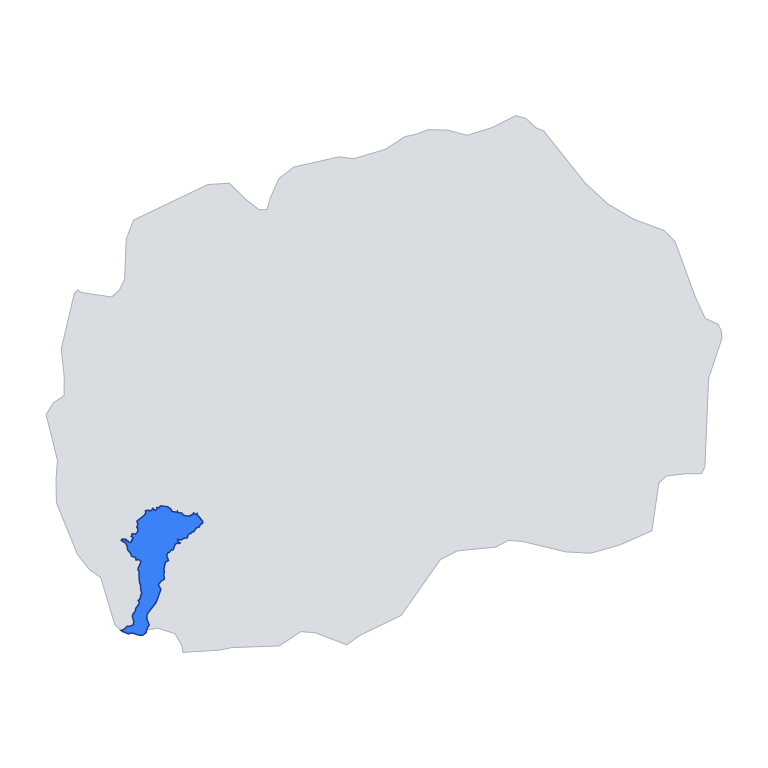 Ohrid, Ohrid, North Macedonia (highlighted)
{"feature_id": "65306769B86752814527149", "entity_name": "Ohrid", "entity_type": "district", "adm_level": 2, "iso_a3": "MKD", "parent_name": "North Macedonia", "parent_adm1": "Ohrid", "projection": "orthographic", "projection_center": [20.849, 41.081], "detail": "fine", "context": "in_parent", "style": "filled", "palette": "blue", "viewbox_px": 768, "rotation_deg": 0, "n_neighbors": 0, "source": "geoboundaries", "source_scale": "gbopen_adm2", "svg_char_len": 2953}
<svg xmlns="http://www.w3.org/2000/svg" viewBox="0 0 768 768"><path d="M339.2,156.9L353.8,158.7L385.4,149.3L405.0,136.6L415.0,134.6L428.3,129.6L447.6,130.1L467.1,135.3L491.8,127.7L515.9,115.6L525.8,118.4L536.5,128.2L543.5,130.8L584.9,182.8L607.5,203.7L633.9,219.3L664.1,230.5L675.1,241.6L695.4,297.2L705.1,318.2L718.0,324.3L721.2,330.3L721.9,338.4L708.6,378.2L704.9,466.6L701.5,473.7L686.4,473.7L666.4,476.0L658.9,483.0L651.9,530.7L619.9,544.9L590.7,553.2L565.9,551.9L522.3,541.4L508.1,540.4L496.0,547.0L457.3,550.9L440.4,559.5L401.0,615.5L360.5,635.0L346.7,644.8L315.6,632.8L300.7,631.6L279.3,645.9L232.1,647.6L219.4,650.1L183.1,652.4L181.5,644.7L174.8,633.5L157.9,628.3L123.2,632.8L114.8,624.6L100.7,577.4L89.6,569.8L77.2,553.9L56.4,502.6L56.0,480.1L57.5,460.5L46.1,414.5L53.3,402.9L64.1,395.6L64.2,377.1L61.3,349.0L74.2,293.9L77.7,289.9L80.9,292.5L111.6,297.0L119.5,290.0L124.6,279.1L126.3,238.8L133.6,220.1L207.5,184.6L229.2,183.2L245.9,199.5L259.2,209.8L267.1,209.5L269.9,198.9L278.8,178.7L293.9,167.0L338.7,156.9L339.2,156.9Z" fill="#d9dde1" stroke="#a8b0b8" stroke-width="1"/><path d="M121.9,539.3L121.2,540.4L125.6,543.1L127.0,545.9L127.7,550.0L130.9,553.8L131.4,556.1L135.7,557.6L136.0,560.0L139.3,559.7L141.1,561.7L138.2,567.9L138.0,569.9L139.5,572.5L138.9,573.8L139.5,582.4L140.5,585.0L140.7,589.8L141.8,593.4L140.8,594.9L140.0,599.0L138.1,600.5L139.1,601.7L139.0,603.8L135.6,608.5L135.2,611.6L133.2,613.5L132.3,616.2L133.9,622.1L132.9,625.1L129.2,626.4L127.3,626.1L124.4,629.1L121.0,630.5L123.0,631.5L126.2,632.9L127.3,633.5L128.4,633.9L130.4,633.3L132.0,633.1L132.5,633.0L134.0,633.5L136.4,634.5L138.6,635.0L140.2,635.2L142.6,635.2L142.8,635.2L143.8,634.5L145.7,633.0L146.1,632.6L146.4,631.8L146.4,631.0L146.6,630.3L147.1,628.6L147.8,627.2L149.0,625.2L149.2,624.8L147.0,619.4L146.9,615.6L147.9,613.1L155.9,602.8L157.7,598.4L160.9,589.3L158.6,585.3L158.8,584.1L161.9,580.4L163.7,579.8L164.5,578.5L163.7,574.6L164.5,571.6L163.8,569.7L165.4,562.2L168.5,560.5L166.6,555.1L168.1,552.6L169.5,552.3L170.6,550.5L173.2,549.7L175.0,544.8L176.6,543.3L180.0,543.4L180.1,542.7L178.6,542.3L177.5,539.5L181.4,540.0L183.1,538.6L187.3,537.8L188.4,534.4L189.4,533.6L190.7,533.7L192.3,531.9L193.7,531.8L196.3,527.9L199.4,526.9L200.1,524.8L202.8,523.1L202.5,521.0L197.1,514.4L197.1,513.5L195.5,514.5L193.6,512.8L192.6,514.7L190.9,515.0L190.3,516.0L185.5,515.9L183.2,514.9L182.0,513.1L177.5,512.5L177.4,511.2L176.6,512.2L171.9,511.4L171.1,509.3L167.6,506.7L160.4,505.9L159.2,507.6L156.8,507.5L156.6,509.6L155.6,510.6L154.5,509.6L153.9,509.9L152.9,508.3L151.3,510.5L149.6,511.0L148.8,510.1L145.5,510.7L145.6,513.4L144.1,515.4L136.9,521.1L137.8,523.9L136.8,527.6L137.8,527.8L137.7,531.8L135.3,534.2L132.4,533.6L131.6,534.4L132.0,536.3L131.4,536.5L133.1,537.9L132.2,540.1L131.8,539.8L131.2,542.4L128.4,541.9L128.3,541.2L126.8,541.0L126.5,539.8L125.8,540.2L125.4,539.1L123.3,539.2L122.4,540.7L121.9,539.3Z" fill="#3b82f6" stroke="#1e3a8a" stroke-width="1.5"/></svg>